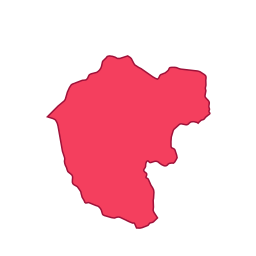 an SVG outline of Lop Buri, rotated 303°
{"feature_id": "THA-408", "entity_name": "Lop Buri", "entity_type": "Province", "adm_level": 1, "iso_a3": "THA", "parent_name": "Thailand", "parent_adm1": "", "projection": "orthographic", "projection_center": [100.946, 15.077], "detail": "fine", "context": "isolated", "style": "filled", "palette": "rose", "viewbox_px": 256, "rotation_deg": 303, "n_neighbors": 0, "source": "natural_earth", "source_scale": "10m", "svg_char_len": 3623}
<svg xmlns="http://www.w3.org/2000/svg" viewBox="0 0 256 256"><g transform="rotate(303 128 128)"><path d="M188.3,88.5L188.3,91.7L187.9,93.2L185.3,97.7L184.6,99.4L184.6,103.9L184.9,106.7L184.4,120.9L184.6,124.2L185.0,126.1L185.6,126.3L186.3,126.5L187.0,126.5L187.7,126.4L189.0,126.2L189.6,126.2L190.2,126.3L190.7,126.5L194.5,129.2L197.0,130.0L198.3,130.3L199.0,130.3L200.3,130.1L201.0,130.1L201.5,130.3L201.9,130.7L202.8,131.8L204.4,134.3L205.1,135.9L205.5,138.1L206.1,140.1L213.6,155.1L214.1,156.5L214.4,157.9L214.4,163.1L214.2,164.1L214.0,164.8L213.6,165.3L213.2,165.7L212.7,166.0L211.7,166.6L210.6,167.1L206.4,170.0L205.2,170.5L204.1,170.9L203.5,171.2L203.1,171.5L201.9,172.8L201.5,173.1L197.0,175.0L196.6,175.3L196.1,175.7L195.8,176.5L195.4,177.6L194.9,179.8L194.5,181.0L194.1,181.7L193.7,182.2L193.3,182.5L192.8,182.8L190.6,183.8L190.1,184.1L189.7,184.4L188.9,185.3L188.5,185.8L188.1,186.1L187.6,186.4L186.4,186.6L185.9,186.9L185.6,187.4L185.1,188.4L184.7,188.8L184.1,188.8L183.5,188.6L182.4,188.2L179.3,187.2L177.1,187.0L176.5,186.8L176.0,186.5L174.6,185.3L174.5,185.2L173.6,184.9L171.7,184.4L170.2,184.2L170.3,183.2L170.0,182.1L169.2,179.8L168.5,178.8L167.8,177.9L166.9,177.2L165.8,176.8L164.5,176.5L163.8,176.3L163.3,176.0L162.8,175.6L162.5,175.2L162.2,174.7L160.6,170.6L160.3,170.1L159.9,169.7L159.5,169.4L158.9,169.1L151.8,167.2L150.5,167.3L144.1,169.2L139.9,171.5L135.9,174.2L135.3,175.1L135.2,175.8L135.4,176.4L135.5,177.7L135.5,178.4L135.3,179.0L135.0,179.5L131.8,183.5L129.8,185.4L127.8,185.6L125.0,185.7L123.3,185.3L122.7,184.2L122.4,183.7L120.9,182.0L120.4,181.7L119.8,181.4L118.5,181.2L117.9,181.0L117.4,180.7L116.9,180.4L116.6,180.0L116.3,179.5L116.0,178.9L115.7,176.9L115.6,176.2L115.7,173.4L115.9,172.4L115.9,171.8L115.9,171.1L115.7,170.5L115.5,169.9L114.9,168.9L114.5,168.5L114.1,168.1L111.4,165.9L111.1,165.5L110.9,165.0L111.0,164.3L111.3,163.2L111.2,162.7L110.9,162.2L110.3,162.0L109.5,161.9L108.6,162.1L107.2,162.6L105.3,163.7L104.8,163.8L104.1,163.9L102.0,163.9L101.4,164.0L100.9,164.4L100.5,165.1L100.2,166.3L100.1,167.9L99.8,168.6L99.3,169.0L98.2,169.5L97.3,169.6L96.6,169.9L96.2,170.2L96.2,171.1L96.3,171.7L96.3,172.4L95.8,173.4L92.5,178.4L91.3,181.1L90.0,183.2L89.2,183.9L88.1,184.8L83.0,187.7L81.1,188.5L75.6,192.4L72.8,193.8L71.5,195.4L68.7,201.7L63.4,200.5L62.4,200.1L61.3,199.1L60.7,198.5L59.9,198.0L57.3,197.8L55.4,196.5L52.1,194.1L50.6,192.6L48.8,189.6L51.2,186.0L51.6,185.0L51.2,184.1L50.8,183.7L50.1,180.3L48.8,170.2L48.5,169.4L48.4,169.0L48.0,168.3L47.7,167.9L46.7,166.9L46.1,166.4L45.3,165.9L44.7,164.8L43.8,162.8L41.7,155.8L41.6,154.3L41.8,153.7L42.5,152.8L44.7,150.2L45.5,148.6L46.0,146.7L46.1,145.7L46.0,144.8L45.6,143.7L44.1,135.8L43.8,135.3L42.1,133.5L42.1,132.7L42.2,132.2L43.2,130.8L45.0,127.2L47.7,124.2L48.3,123.7L48.8,123.1L49.3,122.2L51.1,117.8L51.2,117.1L51.0,113.5L51.1,112.8L51.3,112.1L51.7,111.5L52.3,110.8L54.6,109.4L55.8,108.8L56.3,108.5L57.2,107.8L57.6,107.2L58.0,106.5L58.4,104.2L58.4,103.4L58.6,101.9L58.7,101.3L59.8,99.7L61.2,98.1L62.8,95.5L64.0,94.1L65.5,92.8L67.6,91.8L68.1,91.4L68.8,90.7L72.8,85.7L91.5,68.3L93.3,66.3L94.2,64.9L95.1,63.1L95.3,62.4L95.1,60.1L93.5,54.3L108.3,57.4L115.8,59.7L116.5,59.8L117.2,59.8L117.9,59.8L125.2,57.6L130.0,56.9L133.0,56.9L133.6,57.0L134.9,57.7L143.1,63.7L144.5,65.5L145.2,66.3L145.8,66.7L146.6,66.9L147.9,67.0L150.3,66.6L151.6,66.6L152.4,67.0L153.4,67.6L157.3,71.2L158.1,71.7L159.1,72.1L161.2,72.6L163.4,72.6L165.3,72.2L169.5,70.6L170.0,70.5L170.6,70.5L175.0,71.5L176.6,71.6L177.4,72.2L178.4,73.3L179.7,76.1L180.1,77.6L180.4,78.8L180.5,81.1L181.9,83.3L188.3,88.5Z" fill="#f43f5e" stroke="#9f1239" stroke-width="1.5"/></g></svg>